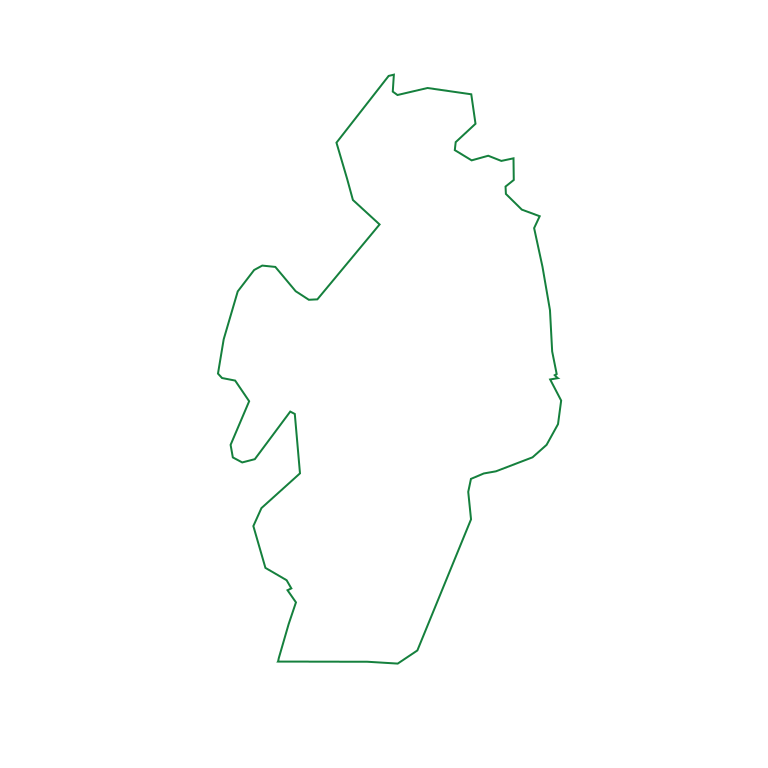 North Lincolnshire, Albers equal-area conic projection, rotated 123°
{"feature_id": "GBR-2057", "entity_name": "North Lincolnshire", "entity_type": "Unitary Authority", "adm_level": 1, "iso_a3": "GBR", "parent_name": "United Kingdom", "parent_adm1": "", "projection": "albers", "projection_center": [-0.607, 53.583], "detail": "fine", "context": "isolated", "style": "outline", "palette": "green", "viewbox_px": 768, "rotation_deg": 123, "n_neighbors": 0, "source": "natural_earth", "source_scale": "10m", "svg_char_len": 1053}
<svg xmlns="http://www.w3.org/2000/svg" viewBox="0 0 768 768"><g transform="rotate(123 384 384)"><path d="M284.5,241.5L289.7,247.1L301.4,226.4L322.9,216.2L346.5,214.5L364.6,219.5L396.3,242.6L404.7,251.6L416.2,259.4L428.6,254.6L450.1,237.3L589.3,210.9L611.0,220.2L625.9,246.5L674.5,321.7L674.4,321.7L671.0,323.0L637.3,333.2L615.1,338.9L609.5,352.6L605.9,350.4L601.6,358.8L602.8,383.3L574.3,416.2L554.8,419.2L504.7,405.8L457.7,442.5L458.2,447.6L517.4,451.4L527.0,460.2L527.9,470.8L518.6,479.5L471.9,487.7L462.2,510.7L467.2,523.1L465.7,528.9L433.8,542.8L386.0,557.1L359.1,555.0L351.0,550.6L345.0,538.9L354.3,508.6L354.3,492.9L349.3,486.0L252.6,474.6L246.6,510.3L232.0,526.7L207.5,555.3L123.1,547.9L119.2,544.2L134.0,535.9L134.3,530.1L112.1,508.8L93.5,468.6L115.9,449.0L142.1,455.6L149.3,452.0L148.7,432.3L135.8,420.9L133.0,407.1L124.2,398.3L142.2,386.3L152.2,389.6L158.2,385.3L162.7,363.4L158.5,344.8L171.5,343.0L199.4,314.9L231.7,285.0L265.1,260.7L281.6,244.6L283.6,245.6L284.5,241.6L284.5,241.5Z" fill="none" stroke="#15803d" stroke-width="2"/></g></svg>